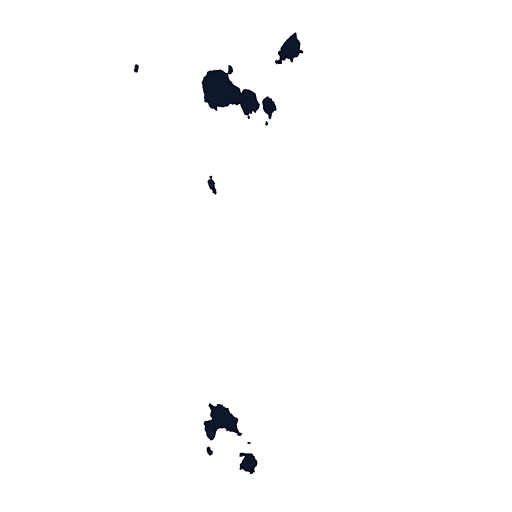 Taboga, Panama, rotated 348°
{"feature_id": "35544464B74789014027071", "entity_name": "Taboga", "entity_type": "district", "adm_level": 2, "iso_a3": "PAN", "parent_name": "Panama", "parent_adm1": "", "projection": "orthographic", "projection_center": [-79.568, 8.692], "detail": "fine", "context": "isolated", "style": "filled", "palette": "ink", "viewbox_px": 512, "rotation_deg": 348, "n_neighbors": 0, "source": "geoboundaries", "source_scale": "gbopen_adm2", "svg_char_len": 6010}
<svg xmlns="http://www.w3.org/2000/svg" viewBox="0 0 512 512"><g transform="rotate(348 256 256)"><path d="M252.6,66.7L249.5,65.8L247.3,66.3L246.9,66.7L246.9,67.5L246.2,68.0L245.9,69.0L244.6,69.9L242.4,70.9L241.6,73.0L239.7,74.9L240.0,77.9L239.4,79.6L239.6,81.2L239.4,83.9L239.9,87.7L238.6,90.6L239.3,91.7L238.3,93.8L238.6,94.5L240.1,94.6L241.8,96.4L241.9,99.5L242.6,100.2L242.9,101.2L244.3,102.3L245.5,102.0L246.1,102.2L246.5,103.4L247.2,104.6L247.6,104.9L248.0,104.1L247.5,102.9L249.1,101.1L250.3,100.4L250.9,100.8L250.9,101.8L251.9,101.8L254.7,103.1L258.0,102.5L259.0,103.2L259.6,102.5L260.3,102.4L261.7,100.9L262.2,100.7L264.5,101.9L265.0,102.5L265.7,101.9L267.9,102.6L268.3,103.7L268.5,103.9L269.7,103.7L269.7,102.5L270.1,102.4L271.1,103.0L272.2,103.1L273.0,104.5L273.1,106.9L274.3,111.0L274.3,112.3L275.0,115.2L276.7,115.8L277.8,115.7L278.9,114.3L279.6,114.0L280.2,114.2L280.6,115.1L281.1,115.2L281.8,113.2L282.9,112.4L283.6,112.7L285.1,115.0L286.5,113.1L288.2,112.3L289.1,111.4L290.4,108.7L290.4,108.3L289.6,107.4L289.4,105.8L288.6,103.6L288.7,98.0L288.3,96.8L283.5,92.5L282.3,92.3L280.7,91.4L279.2,91.2L278.2,91.5L276.3,94.3L275.9,94.6L275.5,94.4L274.4,93.2L274.2,89.4L274.0,88.6L272.8,87.8L272.2,86.9L271.5,86.6L268.5,83.5L268.0,81.3L266.4,79.4L266.0,78.2L265.6,75.9L265.8,71.9L263.6,70.9L261.4,68.0L260.5,67.7L259.5,66.8L257.5,66.9L256.2,66.6L255.0,66.8L253.7,65.9L252.6,66.7ZM186.1,395.4L184.2,395.3L183.4,394.9L180.9,392.3L180.6,391.5L179.9,391.5L179.3,392.3L179.2,393.0L180.4,394.9L180.1,395.7L180.8,396.3L180.6,397.2L180.9,398.0L180.0,400.0L179.3,400.7L179.3,402.2L178.7,402.7L179.0,403.5L179.3,403.3L179.6,403.3L179.6,404.0L180.1,404.6L179.7,406.7L179.0,407.5L177.6,408.1L176.1,407.6L174.2,408.2L173.6,407.7L172.3,407.6L171.3,408.1L170.8,408.7L170.8,409.9L171.5,411.6L171.5,412.5L170.7,413.7L170.4,415.9L171.3,417.4L171.2,419.7L170.9,420.5L171.4,421.7L171.5,422.6L172.9,424.8L173.6,425.2L173.6,426.2L175.2,426.2L176.1,425.6L176.5,424.9L177.5,424.4L178.1,422.7L179.4,420.5L179.9,419.0L181.7,417.1L183.5,416.3L186.1,416.4L187.7,417.0L189.2,416.7L190.1,417.0L190.9,418.2L191.7,418.5L191.5,420.5L193.1,420.2L193.7,420.6L194.4,421.8L195.1,421.9L195.7,421.5L196.1,422.2L196.9,422.2L197.5,422.7L198.4,422.9L199.4,424.1L200.6,424.6L201.4,425.6L201.3,426.8L201.5,427.3L202.2,427.5L202.9,428.0L203.6,428.0L204.6,426.8L202.4,425.7L201.2,420.8L201.1,417.5L201.9,415.5L202.7,414.6L203.6,412.9L203.8,412.2L203.6,411.6L202.9,410.6L202.0,410.4L201.2,409.4L200.3,408.9L199.8,408.2L199.7,407.5L199.3,407.6L198.8,406.9L199.1,405.9L197.6,405.1L197.4,403.7L196.6,401.8L196.7,399.4L194.6,399.1L193.3,397.6L191.2,396.1L191.2,395.7L191.7,395.1L190.5,394.9L188.9,393.8L187.4,393.8L187.5,394.9L186.1,395.4ZM340.7,47.9L341.2,46.8L340.9,46.3L338.9,47.2L338.2,47.9L337.6,47.9L336.8,48.5L335.7,48.7L334.4,49.9L331.3,51.6L329.8,53.0L329.0,53.2L327.7,54.7L323.8,58.2L323.7,60.1L323.2,60.9L321.4,60.9L320.9,61.2L320.2,62.8L321.6,65.2L321.3,66.9L320.8,67.5L321.3,68.0L321.2,69.6L321.4,69.6L321.7,69.0L322.2,69.1L322.6,68.9L323.4,69.6L324.7,69.9L325.1,68.8L325.8,68.5L326.1,67.5L326.4,67.1L327.2,67.5L327.3,68.0L328.2,68.9L330.9,70.0L330.9,71.5L331.2,72.7L331.7,73.2L332.4,71.9L332.5,70.1L333.2,70.1L334.5,68.8L334.9,68.6L335.5,69.1L336.8,69.3L337.9,69.1L341.0,65.4L341.1,62.3L342.8,57.6L342.8,56.5L342.1,55.9L342.4,54.8L341.7,54.4L341.1,52.5L340.4,51.3L340.8,49.9L340.7,47.9ZM201.8,446.3L199.7,446.1L199.0,448.3L200.6,448.7L202.6,447.7L203.8,449.2L204.9,450.0L202.5,451.7L202.1,452.7L200.4,453.8L200.3,454.8L200.0,455.2L197.4,457.0L197.3,459.4L196.5,460.5L196.4,461.1L196.7,461.3L197.2,460.5L197.7,460.7L198.4,460.5L200.0,461.8L201.0,463.6L201.9,463.8L202.3,464.3L203.1,464.2L205.1,465.4L205.5,466.0L206.4,466.2L206.9,465.1L207.9,464.4L208.6,464.4L209.6,463.6L209.7,462.8L210.9,461.6L212.8,460.6L212.9,459.8L213.6,459.0L213.2,457.9L213.7,457.4L213.4,455.9L212.8,455.7L212.5,454.8L211.6,454.4L212.4,453.9L212.3,452.3L211.2,450.9L210.4,450.7L210.5,450.4L211.0,450.1L211.0,449.6L210.2,448.8L209.6,448.6L208.7,448.8L207.4,448.1L205.0,447.8L201.8,446.3ZM305.7,116.9L306.0,114.2L304.9,109.8L305.1,109.3L303.2,107.6L303.6,106.3L303.5,105.8L301.1,104.7L300.8,103.4L300.4,103.0L296.4,104.8L295.5,105.7L294.7,107.2L294.6,108.4L295.0,110.0L294.2,113.2L294.9,116.0L295.4,117.0L298.1,120.3L297.8,124.2L298.2,124.3L298.6,124.0L300.2,121.1L300.2,120.0L300.7,118.9L302.3,118.4L303.6,116.9L305.3,117.3L305.7,116.9ZM230.2,176.4L229.1,173.3L228.3,172.3L227.3,172.1L226.1,172.2L225.5,172.5L224.9,173.2L224.7,174.4L225.3,175.6L224.9,176.8L225.2,177.6L225.7,180.5L226.1,180.9L227.3,181.2L227.9,183.5L227.4,184.7L228.4,185.5L229.3,186.6L229.8,186.1L229.7,184.9L230.1,183.2L229.4,181.6L229.3,179.5L229.6,176.6L230.2,176.4ZM268.4,72.3L269.9,71.6L271.3,70.2L271.4,68.6L271.1,66.2L270.4,65.2L269.4,64.5L269.0,65.3L268.8,67.1L268.1,69.6L267.3,70.9L267.4,71.6L268.4,72.3ZM169.5,434.6L169.5,434.3L170.4,433.9L169.9,433.3L169.2,433.4L168.5,434.1L168.1,436.5L168.4,438.8L169.3,440.4L170.0,441.0L170.8,440.3L171.6,440.3L172.4,438.4L171.2,437.3L170.4,437.4L170.7,436.5L170.3,435.6L170.6,435.1L170.1,434.4L169.5,434.6ZM178.0,50.8L179.8,46.7L179.9,45.3L178.9,44.5L178.4,44.4L177.4,45.4L177.2,47.8L176.0,48.6L176.1,50.3L177.4,51.0L178.0,50.8ZM320.9,70.0L320.6,69.6L319.8,69.4L319.4,70.0L318.8,69.6L317.6,70.1L317.4,70.9L317.8,72.0L318.9,72.3L319.6,71.4L320.1,72.6L320.7,72.7L320.9,72.2L320.9,70.0ZM343.9,66.0L342.7,64.5L342.0,64.7L341.5,65.4L341.7,66.0L342.4,66.1L343.2,66.7L343.8,66.5L343.9,66.0ZM293.4,129.9L294.7,129.0L294.2,127.3L293.9,127.6L293.4,128.9L293.2,129.7L293.4,129.9ZM205.9,467.6L207.3,467.3L207.3,466.3L206.3,466.5L205.7,467.4L205.9,467.6ZM316.2,71.5L316.6,70.4L316.3,69.4L315.6,70.3L316.2,71.5ZM228.9,169.2L228.6,168.9L227.6,169.3L228.2,170.6L228.9,169.2ZM209.4,465.7L208.9,465.3L208.0,465.8L208.4,466.3L209.1,466.5L209.4,465.7ZM277.6,119.7L278.0,119.4L278.1,118.6L278.0,118.0L277.7,117.8L277.3,119.1L277.6,119.7ZM211.0,437.6L209.8,437.1L209.5,437.2L209.7,437.5L210.9,437.9L211.0,437.6Z" fill="#0f172a" stroke="#020617" stroke-width="1.5"/></g></svg>